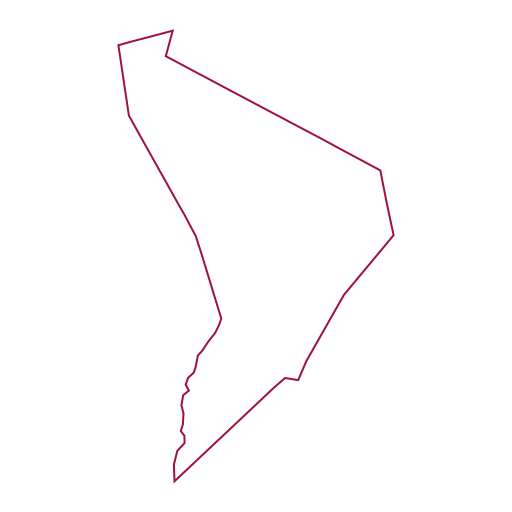 the district of Cachoeirinha, Pernambuco, Brazil
{"feature_id": "56859067B81048924714612", "entity_name": "Cachoeirinha", "entity_type": "district", "adm_level": 2, "iso_a3": "BRA", "parent_name": "Brazil", "parent_adm1": "Pernambuco", "projection": "orthographic", "projection_center": [-36.305, -8.498], "detail": "fine", "context": "isolated", "style": "outline", "palette": "rose", "viewbox_px": 512, "rotation_deg": 0, "n_neighbors": 0, "source": "geoboundaries", "source_scale": "gbopen_adm2", "svg_char_len": 698}
<svg xmlns="http://www.w3.org/2000/svg" viewBox="0 0 512 512"><path d="M393.6,235.2L387.2,205.3L380.3,170.4L339.6,148.6L333.0,145.0L320.8,138.4L295.2,124.9L231.2,91.0L165.8,56.2L172.7,30.7L132.5,41.3L118.4,45.2L128.9,115.6L139.8,135.2L179.0,205.3L184.6,215.0L189.5,224.3L195.8,236.2L198.2,243.7L201.2,252.9L221.3,318.6L218.8,325.6L215.0,333.1L208.7,341.0L201.8,351.3L197.9,355.4L196.8,361.2L195.5,367.6L193.6,372.8L188.0,377.9L185.7,384.8L188.9,390.6L183.2,395.2L181.4,405.3L183.5,413.3L182.9,424.3L180.8,431.0L184.4,435.7L184.6,443.0L177.3,450.9L173.9,464.5L174.5,481.3L273.9,387.7L285.1,378.0L298.2,380.1L306.3,361.2L343.9,294.9L393.6,235.2Z" fill="none" stroke="#9f1239" stroke-width="2"/></svg>